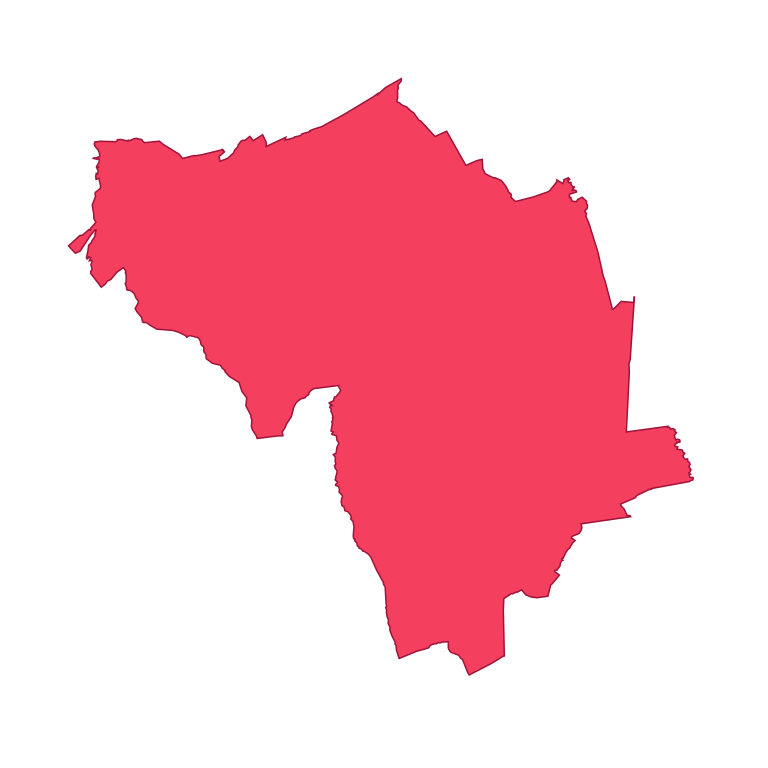 outline of Vedea, Arges, Romania, rotated 172°
{"feature_id": "2599482B53469887912463", "entity_name": "Vedea", "entity_type": "district", "adm_level": 2, "iso_a3": "ROU", "parent_name": "Romania", "parent_adm1": "Arges", "projection": "equal_earth", "projection_center": [24.639, 44.783], "detail": "fine", "context": "isolated", "style": "filled", "palette": "rose", "viewbox_px": 768, "rotation_deg": 172, "n_neighbors": 0, "source": "geoboundaries", "source_scale": "gbopen_adm2", "svg_char_len": 6140}
<svg xmlns="http://www.w3.org/2000/svg" viewBox="0 0 768 768"><g transform="rotate(172 384 384)"><path d="M636.7,663.9L637.5,662.2L637.3,660.4L636.0,657.6L634.8,656.2L633.7,652.7L633.7,649.2L636.8,648.0L641.3,648.2L637.1,646.6L634.8,646.5L635.0,644.3L635.8,642.6L638.4,639.4L638.4,638.9L635.9,638.6L638.4,638.1L637.5,635.2L638.0,632.5L638.6,631.8L639.6,632.6L640.7,629.6L640.3,628.2L640.9,627.1L640.5,626.7L637.7,627.5L637.1,619.6L637.7,617.2L643.2,613.9L643.6,613.0L643.6,609.8L648.0,601.9L647.8,592.9L648.3,588.2L646.8,584.2L652.9,579.0L652.9,577.7L653.6,577.1L654.6,578.1L662.1,573.2L664.3,573.5L677.2,564.7L671.5,556.5L666.6,557.7L653.8,572.2L648.7,576.8L647.6,576.4L649.4,572.8L648.9,572.1L651.0,568.8L653.1,566.8L654.2,564.7L657.2,562.5L658.5,557.5L661.1,550.5L660.6,549.1L659.7,549.4L658.9,551.0L656.9,550.1L658.7,547.0L656.2,547.1L655.8,546.4L657.7,542.8L657.2,540.6L657.2,537.8L658.7,536.4L659.1,534.4L650.5,519.2L645.9,521.9L643.7,524.4L640.0,525.5L633.0,531.8L626.0,535.5L624.3,532.5L624.2,531.0L624.7,530.0L624.1,528.3L625.2,520.6L626.3,519.6L625.6,516.1L625.5,512.9L622.0,511.8L618.8,508.3L617.6,503.6L615.6,500.0L616.7,497.7L619.9,493.5L618.8,490.2L614.7,483.5L614.5,479.1L613.5,478.3L610.6,477.9L607.6,474.8L601.3,469.9L585.8,466.5L579.9,463.7L574.0,459.7L572.7,457.7L571.3,458.6L569.3,458.9L562.2,456.0L560.9,454.6L559.8,451.9L559.9,449.5L559.3,447.8L557.4,446.0L557.9,441.0L556.2,438.0L556.6,434.5L556.3,433.6L551.1,428.4L543.4,425.4L541.9,422.0L539.6,419.5L539.7,418.2L536.1,413.0L527.3,405.6L525.7,396.3L521.9,389.4L523.8,381.6L520.1,371.3L520.4,369.5L519.8,366.7L521.2,360.6L520.8,357.2L517.8,350.8L517.2,347.7L496.7,347.4L491.3,346.8L491.4,350.7L488.0,354.6L486.1,358.0L480.4,364.4L476.5,373.6L474.4,376.7L472.6,378.4L468.6,380.8L464.0,381.4L463.0,382.6L460.0,384.1L459.4,385.9L457.4,387.6L454.2,389.2L429.1,388.8L429.0,386.7L427.9,384.2L428.4,382.7L433.3,378.1L435.0,377.9L436.4,374.4L440.9,373.0L440.8,372.2L438.2,370.1L438.4,369.6L440.3,369.8L441.0,368.4L439.8,366.8L440.3,364.1L439.4,361.4L439.1,357.9L439.7,357.8L439.8,355.2L441.0,353.8L440.7,351.9L443.0,344.8L440.8,343.4L442.7,342.0L442.4,341.2L438.4,339.5L438.4,334.6L437.4,333.1L437.1,331.5L439.5,327.7L441.0,322.3L444.1,321.2L442.3,318.2L443.1,314.8L442.8,311.5L444.4,310.1L444.1,307.4L442.7,304.8L442.7,303.4L444.9,298.2L444.9,297.1L445.7,296.1L445.6,295.4L443.7,293.7L443.7,292.9L446.0,291.3L446.0,290.3L443.3,288.8L442.8,285.8L443.5,283.2L440.8,279.4L440.9,277.9L441.9,276.5L442.8,273.3L442.6,269.4L440.7,267.9L440.4,264.0L437.5,262.5L435.2,258.6L435.1,256.2L435.8,255.1L433.8,252.1L433.6,246.9L435.6,237.9L435.6,235.2L434.3,233.9L434.8,232.7L433.1,230.7L432.9,227.3L431.5,226.1L431.6,224.9L429.1,223.5L428.5,221.7L426.7,220.9L422.9,217.4L421.1,214.2L417.3,201.0L412.3,187.6L412.3,185.5L411.1,183.1L412.5,166.2L412.3,163.6L413.4,162.7L412.9,159.8L413.4,157.5L413.3,152.9L412.4,150.0L413.2,146.7L412.0,141.9L412.5,139.6L411.3,133.8L408.8,126.7L409.3,125.0L408.5,123.6L408.7,118.7L407.2,110.1L389.2,114.7L376.9,116.4L374.6,118.6L373.2,119.2L369.2,119.8L368.3,119.4L366.8,120.4L364.7,119.8L362.0,120.3L356.2,119.8L357.1,113.4L356.0,110.2L354.9,108.9L347.8,105.0L346.2,101.7L344.6,100.4L341.5,87.4L340.1,84.0L316.6,92.3L302.8,98.3L302.8,97.2L297.3,143.4L295.2,154.8L286.9,158.7L285.7,158.3L282.9,159.4L280.5,159.4L276.4,161.1L273.1,155.7L268.0,152.6L262.3,151.1L251.3,151.0L246.7,162.1L245.4,162.6L236.9,170.3L241.0,174.5L240.9,175.6L238.5,175.7L234.9,179.5L234.5,181.7L232.3,184.6L231.6,184.6L232.1,185.1L232.1,186.3L231.0,186.4L227.1,192.2L224.1,195.3L223.2,195.4L219.8,200.0L216.5,202.5L220.0,205.4L218.8,207.0L211.6,208.8L209.2,211.6L208.1,214.3L208.2,218.1L158.2,218.3L158.7,219.4L161.6,220.1L163.6,226.8L166.0,229.9L166.4,232.2L151.0,236.4L149.0,238.5L137.6,242.1L137.0,242.8L136.4,242.4L135.3,242.4L134.4,243.3L133.7,242.6L132.7,243.3L95.2,244.9L93.3,245.9L91.7,245.9L90.8,247.7L91.1,248.5L93.9,248.9L94.4,250.1L94.3,251.7L93.0,252.1L94.5,253.5L93.2,254.4L91.9,256.3L93.6,259.8L92.1,261.6L92.4,263.8L93.9,265.2L93.8,267.6L96.3,267.7L97.9,269.8L97.6,271.5L95.8,273.5L97.3,274.7L97.8,277.1L103.0,278.7L101.8,280.8L104.0,281.5L104.7,282.7L104.3,283.5L102.0,284.7L102.1,285.8L99.7,285.2L98.8,285.6L99.0,287.6L101.0,288.5L102.7,288.1L103.3,289.7L103.6,292.7L101.1,295.2L102.5,296.4L102.2,298.3L104.0,299.6L106.8,299.6L107.1,301.3L109.2,301.8L108.8,302.6L150.7,302.8L139.5,361.0L138.6,369.6L136.8,374.0L123.9,435.3L124.3,435.4L125.5,430.0L137.6,432.8L146.0,426.5L147.4,426.3L150.6,454.2L151.9,460.6L153.8,484.8L158.6,514.0L160.7,522.4L159.7,524.7L160.9,526.2L160.7,528.0L158.6,529.1L157.5,532.6L158.5,534.9L157.9,536.6L161.8,541.4L166.4,539.9L168.1,537.8L172.4,538.9L173.1,542.9L174.3,543.0L174.4,544.3L173.6,546.2L166.7,547.3L166.7,548.4L168.0,549.5L170.6,549.3L170.6,550.0L169.9,550.1L169.4,551.0L169.6,551.8L168.1,552.1L168.2,552.7L169.0,552.6L170.9,555.1L170.8,557.6L173.2,557.7L173.7,560.0L171.6,560.5L172.7,562.6L177.4,561.3L177.5,559.8L179.0,557.6L184.4,562.0L184.5,560.7L187.0,558.0L193.1,552.4L194.8,551.5L209.8,548.5L227.6,546.5L229.1,547.1L232.4,551.5L231.6,553.1L231.8,554.5L233.5,556.2L235.9,563.1L239.5,569.2L245.2,572.7L247.7,573.4L254.4,578.1L256.2,583.1L255.5,592.8L260.5,592.4L272.5,589.1L286.8,625.6L299.0,622.0L310.9,639.2L312.8,640.5L317.0,648.6L319.2,650.4L322.9,655.1L327.2,657.6L329.6,660.3L331.7,661.5L331.9,662.4L330.6,665.5L329.8,672.5L328.8,674.7L328.5,678.1L324.9,681.4L324.4,684.0L341.0,677.5L349.9,671.6L349.7,672.5L355.1,669.7L386.1,656.5L410.1,647.5L418.4,646.1L422.2,645.1L422.0,644.3L430.5,643.1L431.9,641.6L438.3,641.1L438.9,640.3L447.8,639.4L446.9,642.0L467.6,635.6L467.0,639.0L467.2,640.5L469.5,647.7L479.7,643.2L482.4,647.9L487.7,644.7L490.4,645.0L491.9,644.3L495.0,641.2L495.7,639.3L499.3,636.4L500.8,633.8L507.5,629.2L515.3,627.4L515.8,632.1L509.7,636.1L510.9,637.4L510.4,637.8L511.6,638.9L512.2,638.4L533.3,636.3L539.8,636.3L540.2,636.7L552.1,635.4L554.8,640.0L568.8,651.6L572.7,655.7L587.3,656.3L589.0,657.8L589.9,659.8L595.0,661.7L597.3,661.7L602.1,660.4L603.3,661.1L603.8,660.3L610.3,662.7L614.0,663.1L614.0,662.3L615.6,661.3L631.6,663.9L636.7,663.9Z" fill="#f43f5e" stroke="#9f1239" stroke-width="1.5"/></g></svg>